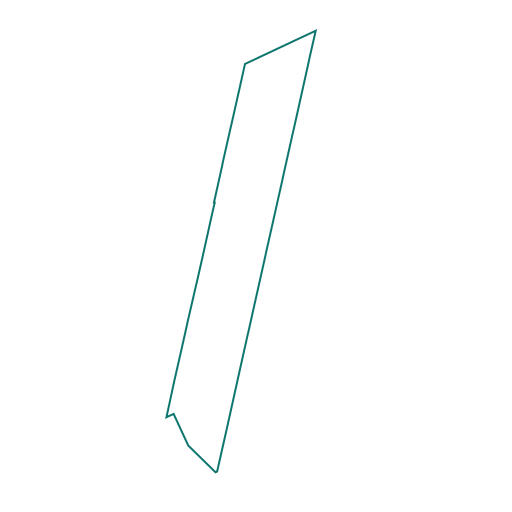 Chacabuco, Chaco, Argentina (Albers equal-area conic projection), rotated 65°
{"feature_id": "61730980B10302759212435", "entity_name": "Chacabuco", "entity_type": "district", "adm_level": 2, "iso_a3": "ARG", "parent_name": "Argentina", "parent_adm1": "Chaco", "projection": "albers", "projection_center": [-61.358, -27.089], "detail": "fine", "context": "isolated", "style": "outline", "palette": "teal", "viewbox_px": 512, "rotation_deg": 65, "n_neighbors": 0, "source": "geoboundaries", "source_scale": "gbopen_adm2", "svg_char_len": 999}
<svg xmlns="http://www.w3.org/2000/svg" viewBox="0 0 512 512"><g transform="rotate(65 256 256)"><path d="M77.1,129.4L77.3,184.8L79.1,186.2L85.6,191.2L90.9,195.3L98.1,200.8L100.9,203.0L120.6,218.2L124.6,221.3L131.1,226.4L157.2,246.6L160.4,248.9L169.1,255.6L189.8,271.5L190.2,270.9L206.3,283.4L209.5,285.8L236.3,306.4L253.7,319.9L254.6,320.6L255.8,321.6L284.6,344.1L286.9,345.9L290.1,348.3L307.6,361.8L332.2,380.9L335.4,383.4L338.6,385.8L361.4,403.1L364.3,405.3L364.3,400.6L364.3,397.4L399.2,397.5L434.9,384.1L434.9,382.3L430.6,379.0L401.3,356.3L387.5,345.7L359.7,324.4L356.5,321.9L353.2,319.4L325.9,298.4L324.2,297.1L321.2,294.7L293.9,273.7L291.7,272.0L265.1,251.5L262.8,249.7L259.5,247.2L256.3,244.8L227.2,222.3L197.9,199.7L195.6,198.0L194.7,197.3L168.7,177.3L162.1,172.2L155.7,167.2L129.7,147.2L103.5,127.1L96.9,122.1L94.1,119.9L91.5,117.9L89.2,116.1L87.4,114.7L77.1,106.7L77.1,114.5L77.1,118.8L77.1,119.3L77.1,121.1L77.1,125.6L77.1,129.4Z" fill="none" stroke="#0f766e" stroke-width="2"/></g></svg>